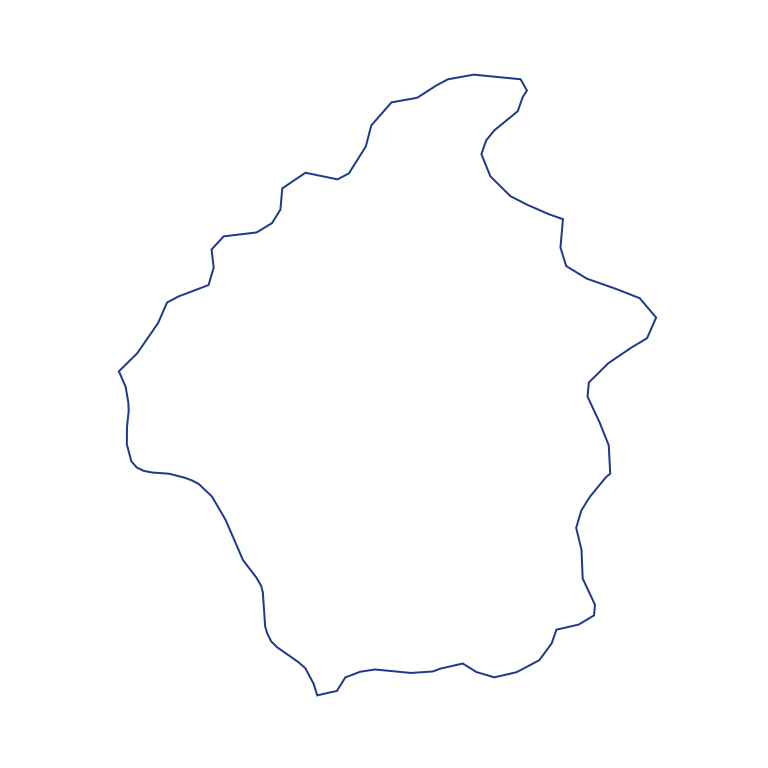 Tongsin, Chagang-do, North Korea, rotated 95°
{"feature_id": "82179303B24749722055654", "entity_name": "Tongsin", "entity_type": "district", "adm_level": 2, "iso_a3": "PRK", "parent_name": "North Korea", "parent_adm1": "Chagang-do", "projection": "robinson", "projection_center": [126.481, 40.221], "detail": "fine", "context": "isolated", "style": "outline", "palette": "blue", "viewbox_px": 768, "rotation_deg": 95, "n_neighbors": 0, "source": "geoboundaries", "source_scale": "gbopen_adm2", "svg_char_len": 1465}
<svg xmlns="http://www.w3.org/2000/svg" viewBox="0 0 768 768"><g transform="rotate(95 384 384)"><path d="M394.6,649.3L395.1,648.9L409.4,641.1L424.6,637.1L433.1,636.0L448.9,636.3L466.6,634.9L483.0,629.0L488.7,623.1L491.5,615.7L492.4,607.2L492.1,590.2L494.8,574.0L496.9,566.6L499.7,559.9L511.2,545.5L533.1,530.0L571.9,509.0L588.0,494.2L595.9,488.7L602.3,486.5L635.7,481.3L642.4,478.7L650.3,473.9L655.7,467.3L668.5,445.1L673.9,437.7L687.5,428.8L689.1,427.8L700.0,423.4L697.3,415.1L693.9,404.2L679.7,397.0L672.7,382.6L669.2,368.1L669.3,353.6L669.5,331.9L666.1,310.2L662.6,302.9L655.6,281.2L662.9,266.8L666.6,248.6L659.6,226.9L645.6,205.2L627.9,194.4L613.7,190.8L606.7,169.1L596.2,154.6L585.5,154.6L560.5,169.1L532.0,172.8L510.6,180.0L492.8,176.4L478.6,169.2L457.4,154.7L453.6,150.8L425.4,154.8L404.0,165.6L378.9,180.1L364.7,180.1L343.5,162.1L325.9,140.4L315.4,125.9L294.1,118.7L276.2,136.8L268.8,162.1L261.4,191.1L250.6,212.8L232.7,220.1L218.5,220.1L204.2,220.1L200.5,234.6L193.2,256.3L185.9,274.4L167.9,296.1L146.5,307.0L132.3,303.4L121.7,296.2L118.1,292.5L114.6,288.9L100.5,274.5L86.3,270.9L79.2,267.2L68.5,274.5L68.3,296.2L68.0,321.5L74.9,346.9L81.9,357.7L95.9,375.8L102.8,401.1L127.5,419.2L148.9,422.8L177.2,437.3L184.2,448.1L180.4,480.7L198.0,502.4L219.3,502.4L233.5,509.6L244.1,524.1L250.9,556.6L265.0,567.5L282.9,563.8L300.7,567.4L307.7,581.9L314.7,596.4L321.7,607.2L343.0,614.4L374.9,632.5L394.6,649.3Z" fill="none" stroke="#1e3a8a" stroke-width="2"/></g></svg>